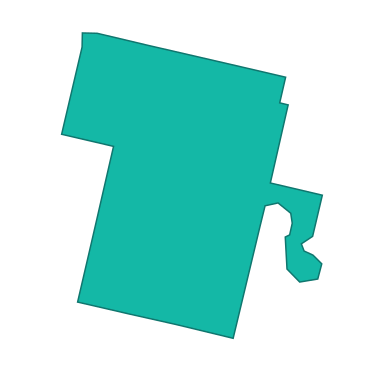 Tallahatchie, Mississippi, United States of America (Mercator projection), rotated 283°
{"feature_id": "52423323B23057609078581", "entity_name": "Tallahatchie", "entity_type": "district", "adm_level": 2, "iso_a3": "USA", "parent_name": "United States of America", "parent_adm1": "Mississippi", "projection": "mercator", "projection_center": [-90.171, 33.931], "detail": "fine", "context": "isolated", "style": "filled", "palette": "teal", "viewbox_px": 384, "rotation_deg": 283, "n_neighbors": 0, "source": "geoboundaries", "source_scale": "gbopen_adm2", "svg_char_len": 593}
<svg xmlns="http://www.w3.org/2000/svg" viewBox="0 0 384 384"><g transform="rotate(283 192 192)"><path d="M322.3,49.4L308.5,52.3L227.2,52.0L218.9,52.0L218.8,105.3L140.9,105.4L114.2,105.4L59.0,105.3L59.0,158.6L59.3,205.7L58.7,265.0L174.1,266.0L195.0,266.3L200.7,278.3L193.5,293.0L184.1,296.7L172.2,296.8L169.1,293.0L138.3,301.9L128.5,317.2L135.5,334.1L151.2,334.6L157.7,324.1L159.7,314.5L166.1,310.2L175.9,319.5L218.2,319.7L218.4,266.3L289.6,266.1L298.5,266.1L298.6,257.4L324.9,257.4L325.0,212.2L325.0,114.7L325.3,63.9L322.3,49.4Z" fill="#14b8a6" stroke="#0f766e" stroke-width="1.5"/></g></svg>